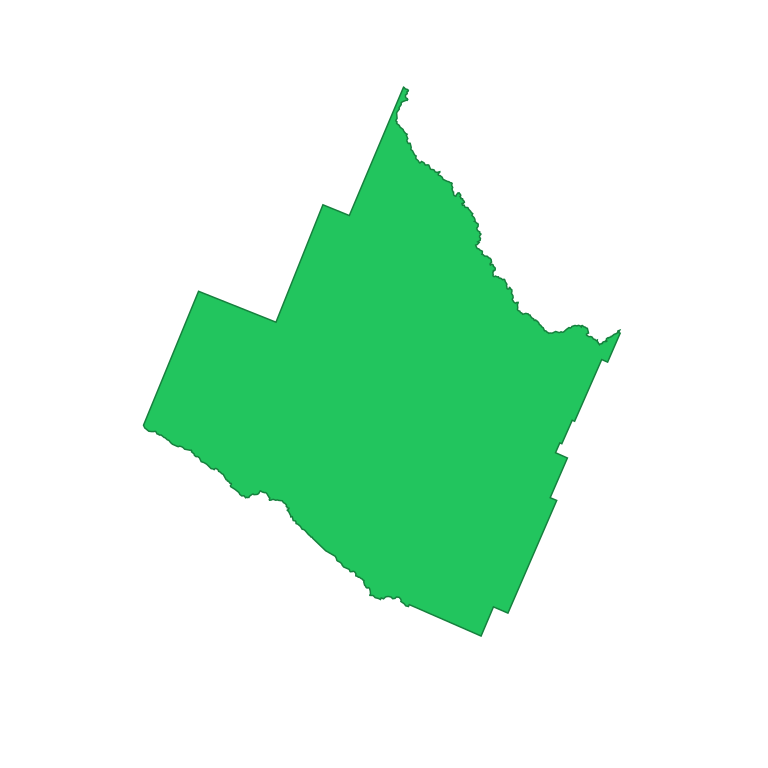 the district of Las Flores, Buenos Aires, Argentina, rotated 69°
{"feature_id": "61730980B33948495129875", "entity_name": "Las Flores", "entity_type": "district", "adm_level": 2, "iso_a3": "ARG", "parent_name": "Argentina", "parent_adm1": "Buenos Aires", "projection": "orthographic", "projection_center": [-59.196, -36.018], "detail": "fine", "context": "isolated", "style": "filled", "palette": "green", "viewbox_px": 768, "rotation_deg": 69, "n_neighbors": 0, "source": "geoboundaries", "source_scale": "gbopen_adm2", "svg_char_len": 6158}
<svg xmlns="http://www.w3.org/2000/svg" viewBox="0 0 768 768"><g transform="rotate(69 384 384)"><path d="M113.9,259.4L214.3,356.0L194.8,376.8L287.6,462.7L231.0,523.9L336.3,623.3L339.3,623.1L343.8,620.5L345.1,618.1L345.9,616.0L346.1,614.7L346.6,614.1L349.4,613.7L350.0,612.6L351.1,612.1L351.8,610.3L355.2,608.4L355.7,607.6L358.4,606.3L359.6,605.0L362.3,604.2L364.4,603.1L368.4,599.1L368.9,598.1L368.7,597.2L369.9,595.5L371.4,594.3L373.4,593.5L376.2,589.0L376.8,587.6L377.8,587.5L378.3,588.0L381.3,586.3L382.3,586.6L384.0,585.9L384.5,585.4L385.0,583.9L386.8,582.8L391.0,582.5L392.9,580.2L395.3,578.3L401.1,575.7L401.9,574.2L403.0,573.3L403.1,573.0L402.5,572.4L402.4,571.7L402.9,570.8L404.8,569.6L406.3,569.7L406.9,568.9L409.8,567.4L410.7,566.5L416.7,565.7L417.4,565.0L418.5,564.9L419.1,564.0L421.4,563.4L421.9,562.4L422.3,562.3L422.8,562.3L424.0,563.9L424.9,563.9L428.9,560.9L433.2,558.4L435.5,558.1L437.5,556.9L438.1,554.8L440.7,553.9L440.5,552.9L441.2,552.0L441.2,551.2L441.5,550.8L440.5,549.6L439.7,546.5L439.8,545.6L440.7,545.1L441.6,542.1L441.6,541.2L441.1,539.9L439.5,538.1L439.5,537.6L441.4,536.2L441.7,535.5L442.5,534.8L442.9,533.5L444.1,532.7L448.8,531.9L449.2,531.5L449.9,531.7L450.8,532.5L451.5,532.5L451.9,531.1L451.8,529.7L452.2,528.4L453.7,526.8L454.1,524.8L454.7,524.4L456.6,520.8L458.7,520.4L459.8,519.4L461.8,518.4L463.2,519.1L464.1,518.5L464.9,518.7L465.9,517.3L466.9,518.3L467.0,519.4L467.4,519.6L468.5,518.8L469.3,518.7L473.5,518.3L474.6,518.7L475.0,517.2L478.9,517.7L480.2,515.7L481.0,515.6L482.8,516.1L484.0,514.7L486.9,513.1L490.2,512.5L491.1,511.1L492.5,510.2L497.4,508.5L500.0,507.1L500.7,507.0L501.5,505.8L502.4,505.9L518.8,498.2L527.3,491.3L529.4,491.0L531.8,491.2L532.5,490.9L534.9,488.7L536.8,487.9L537.8,488.0L540.3,487.3L544.4,483.1L545.1,482.8L546.2,483.0L547.2,482.7L547.8,480.8L547.7,480.1L548.6,478.8L550.9,478.2L553.0,479.1L554.2,477.6L555.1,477.3L555.7,476.1L557.7,474.9L558.1,474.3L559.5,473.9L560.3,473.1L561.5,473.8L564.7,474.2L566.0,473.7L567.5,473.6L568.4,472.9L568.6,471.3L569.9,470.8L572.3,471.0L575.3,471.9L576.0,472.9L576.3,472.9L577.6,469.9L580.3,468.8L582.3,466.0L583.9,464.5L582.7,463.3L584.4,461.4L583.4,459.0L583.5,457.5L584.1,455.7L585.4,453.8L587.6,452.8L588.1,450.5L587.5,449.3L587.4,448.5L588.6,446.3L590.7,445.5L592.1,445.5L593.1,446.2L596.4,443.9L598.9,443.2L600.5,440.9L599.0,439.5L654.1,383.7L631.3,361.7L642.3,350.4L554.6,264.5L549.7,269.6L518.8,239.3L509.6,248.5L502.0,241.0L503.5,239.4L485.3,221.3L487.1,219.4L439.2,172.0L443.7,167.4L421.2,145.3L420.0,146.5L418.3,144.7L418.3,146.6L419.8,147.5L420.2,149.5L420.1,151.3L421.1,154.3L420.9,154.9L421.4,155.4L421.2,157.2L421.5,158.0L421.1,158.3L421.1,158.8L421.5,160.1L422.4,160.5L422.9,161.2L423.8,160.6L423.9,160.8L424.0,161.6L423.4,162.6L423.3,164.3L423.5,164.9L424.4,165.6L424.1,166.4L424.4,166.9L424.0,168.1L424.5,168.7L422.7,169.3L421.8,169.1L420.9,169.8L419.4,169.1L419.5,170.0L419.1,170.7L417.8,171.2L417.5,172.0L417.1,172.4L414.8,172.9L413.8,174.0L413.3,175.7L411.1,177.4L410.0,177.1L409.7,174.8L404.9,174.2L404.5,174.9L403.0,175.8L402.4,176.7L400.4,178.0L400.4,178.5L401.5,179.4L399.9,180.1L398.9,181.5L398.9,183.1L397.8,184.7L397.6,187.9L398.3,188.9L398.5,189.9L397.6,191.1L398.4,194.1L399.8,197.7L399.6,199.1L398.7,200.0L398.9,201.3L398.7,202.2L396.5,204.9L396.8,208.8L395.8,210.9L395.8,212.0L394.8,212.4L394.2,213.2L393.7,213.2L392.4,213.9L391.8,215.1L388.6,215.2L387.4,216.1L385.3,216.7L384.1,217.6L382.5,217.6L380.3,218.3L379.5,219.3L378.6,219.4L378.5,220.9L376.8,221.0L375.4,222.2L373.1,223.0L372.2,222.8L371.2,224.1L370.3,224.2L368.9,226.3L368.6,229.5L367.0,230.0L366.3,231.0L364.7,231.1L363.6,232.4L362.4,232.8L360.7,231.8L357.4,230.9L357.0,230.2L355.9,229.5L355.4,230.8L355.8,232.1L354.4,233.3L351.2,234.0L350.6,233.7L349.8,232.6L347.9,232.0L345.0,232.5L343.4,231.4L341.9,230.9L340.7,231.6L339.1,231.9L338.8,232.3L340.0,233.4L339.7,234.4L339.1,234.9L335.6,234.2L334.9,233.5L331.8,234.1L330.2,233.9L329.2,234.4L329.3,235.7L327.1,237.1L326.5,238.5L324.9,238.8L324.6,239.9L323.2,241.3L323.3,242.4L323.1,242.9L322.0,243.5L320.8,242.8L318.9,242.5L318.3,241.5L317.7,241.6L317.3,241.1L317.6,240.0L317.4,239.4L316.2,238.8L315.1,238.7L313.4,239.7L312.2,239.4L311.2,239.9L310.8,240.7L311.1,242.0L310.7,242.2L309.5,241.6L308.8,239.9L306.1,239.4L304.5,240.0L304.1,240.7L301.7,241.9L300.6,244.3L298.8,245.1L298.0,246.1L297.4,245.5L295.3,244.6L293.1,246.6L291.9,247.0L290.9,248.4L288.8,248.7L287.2,248.7L287.2,246.9L286.0,244.5L284.9,245.5L284.4,242.8L282.5,241.7L281.4,242.2L280.7,242.0L279.9,241.6L279.0,239.9L278.5,239.8L277.5,240.6L276.3,240.1L275.0,241.3L273.4,241.8L271.7,241.5L270.6,239.7L268.6,238.8L267.7,239.0L267.1,239.9L265.3,240.5L264.6,241.3L264.3,240.5L262.7,240.1L260.8,240.3L258.1,241.5L256.7,240.1L255.0,241.2L254.2,241.1L251.1,242.4L249.7,242.4L249.2,242.8L248.1,245.0L245.8,245.1L245.3,246.7L243.4,246.5L243.4,246.0L243.9,245.3L243.3,244.6L243.3,243.9L242.9,243.8L242.2,243.7L240.5,244.4L239.2,244.3L238.7,245.5L238.2,245.8L237.6,245.4L236.3,245.9L235.9,245.1L235.5,244.8L234.2,244.7L233.2,245.5L232.6,245.3L232.1,246.4L233.4,248.7L234.4,249.5L234.3,250.0L233.1,251.0L232.1,251.1L229.7,250.3L229.3,250.8L226.2,250.6L225.3,249.5L222.6,249.6L221.1,248.5L220.3,249.0L219.8,250.0L218.4,250.9L217.5,252.3L214.1,255.5L211.8,255.6L209.6,256.9L208.6,258.3L207.9,258.4L207.2,257.9L206.2,255.9L205.8,255.8L205.5,258.5L204.5,260.0L204.1,260.3L202.2,260.5L201.3,261.5L200.6,263.1L200.0,263.6L195.8,263.7L195.2,264.3L194.4,267.0L191.8,267.4L189.7,269.2L190.5,270.9L190.3,271.6L187.7,272.1L185.2,273.4L184.5,273.4L182.6,272.3L182.2,272.8L180.7,273.4L176.5,273.8L174.7,274.9L172.8,273.8L168.8,273.3L168.4,273.5L168.4,274.7L168.0,275.2L165.3,275.6L164.0,274.8L163.5,273.9L159.9,274.0L159.1,272.9L157.9,274.0L155.3,274.9L153.1,275.0L150.0,276.9L148.0,277.1L145.3,278.8L143.9,277.9L142.8,278.6L142.2,278.5L140.7,276.6L135.5,275.1L134.9,274.5L132.8,271.2L131.4,270.9L129.4,267.9L127.5,267.1L127.1,265.3L127.1,261.7L127.5,260.7L126.9,259.9L125.9,260.0L124.8,260.9L123.9,261.1L121.9,260.3L121.3,258.3L119.5,257.9L119.4,256.7L118.5,256.0L117.3,256.7L116.2,258.3L114.5,258.9L113.9,259.4Z" fill="#22c55e" stroke="#15803d" stroke-width="1.5"/></g></svg>